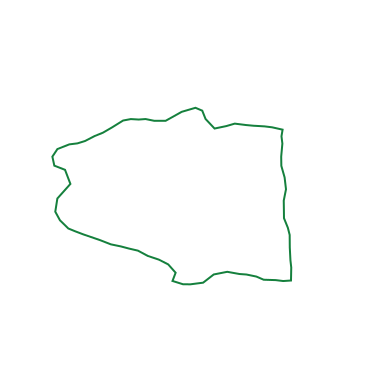 outline of Patanissos, Cyprus, rotated 218°
{"feature_id": "46923920B57147511667034", "entity_name": "Patanissos", "entity_type": "district", "adm_level": 2, "iso_a3": "CYP", "parent_name": "Cyprus", "parent_adm1": "", "projection": "albers", "projection_center": [34.094, 35.479], "detail": "fine", "context": "isolated", "style": "outline", "palette": "green", "viewbox_px": 384, "rotation_deg": 218, "n_neighbors": 0, "source": "geoboundaries", "source_scale": "gbopen_adm2", "svg_char_len": 1025}
<svg xmlns="http://www.w3.org/2000/svg" viewBox="0 0 384 384"><g transform="rotate(218 192 192)"><path d="M159.0,296.9L168.7,292.3L175.2,288.4L183.6,282.6L184.0,282.3L190.7,278.0L200.4,272.2L205.6,265.0L213.3,255.9L226.3,257.9L234.0,262.4L241.1,260.5L249.5,248.8L256.6,231.9L265.7,224.8L273.5,220.9L278.6,216.3L285.1,211.8L290.3,205.9L294.8,193.6L298.7,183.9L303.2,176.1L307.7,166.3L312.2,159.8L318.0,154.0L324.5,143.0L323.8,133.9L316.7,128.0L305.7,131.3L292.8,123.5L294.1,104.0L287.6,92.3L278.6,88.4L267.0,87.1L259.9,89.1L251.5,91.7L234.7,97.5L223.7,100.8L214.6,105.3L206.9,108.6L198.5,112.5L187.5,114.4L176.5,118.3L166.2,120.3L155.2,118.3L152.6,109.9L142.2,113.8L136.4,118.3L127.4,127.4L124.1,140.4L115.1,150.8L104.1,156.6L98.3,160.5L89.2,165.0L81.5,167.0L71.8,174.1L65.3,178.0L59.5,183.2L67.3,193.6L72.4,198.8L80.8,208.5L88.6,218.3L94.4,222.8L103.4,228.0L108.6,234.5L114.4,241.7L119.6,252.0L128.0,260.5L137.7,267.6L143.5,274.8L150.6,285.8L155.8,291.0L159.0,296.9Z" fill="none" stroke="#15803d" stroke-width="2"/></g></svg>